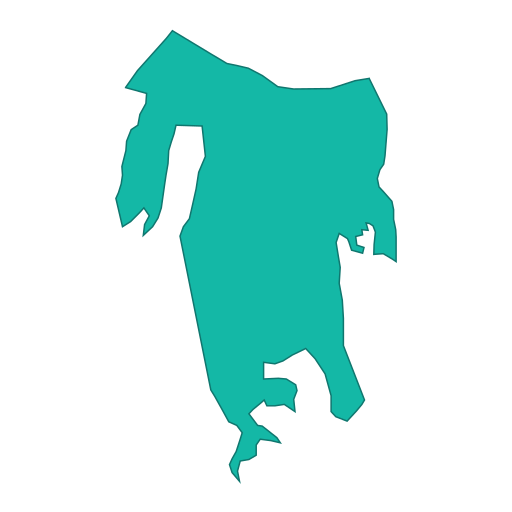 Saha-gu, Busan, South Korea (Equal Earth projection)
{"feature_id": "91817680B15590775835688", "entity_name": "Saha-gu", "entity_type": "district", "adm_level": 2, "iso_a3": "KOR", "parent_name": "South Korea", "parent_adm1": "Busan", "projection": "equal_earth", "projection_center": [128.975, 35.079], "detail": "fine", "context": "isolated", "style": "filled", "palette": "teal", "viewbox_px": 512, "rotation_deg": 0, "n_neighbors": 0, "source": "geoboundaries", "source_scale": "gbopen_adm2", "svg_char_len": 1925}
<svg xmlns="http://www.w3.org/2000/svg" viewBox="0 0 512 512"><path d="M373.8,254.4L375.6,254.2L383.3,253.7L392.7,259.3L396.1,261.6L396.1,250.9L396.1,237.0L395.7,229.6L393.6,219.4L393.6,209.6L391.9,201.3L383.7,192.0L379.0,186.9L377.3,178.5L379.9,169.7L383.7,164.2L385.0,155.8L387.1,129.4L386.7,114.1L369.2,78.5L369.2,78.4L355.1,80.7L330.7,88.6L293.6,89.0L277.8,86.7L262.4,75.6L248.3,68.2L236.3,65.4L226.9,63.5L210.3,53.6L173.4,31.3L172.4,30.7L172.1,31.1L166.4,38.3L137.5,70.6L125.7,87.3L125.6,87.6L146.6,93.4L145.9,103.5L139.9,114.4L137.9,125.2L131.2,129.6L126.6,141.2L125.9,150.6L121.9,166.5L122.5,175.2L121.2,183.9L118.5,192.6L115.9,198.4L122.5,226.7L130.6,221.6L139.3,212.9L143.9,207.9L149.3,215.8L144.6,224.5L143.3,235.4L152.6,226.7L158.0,218.0L161.3,207.9L164.7,183.9L166.0,175.2L168.0,163.6L168.7,150.6L171.3,141.9L174.0,133.9L176.0,125.2L202.1,126.0L205.4,156.4L198.7,172.3L196.1,189.0L192.7,204.2L189.4,218.7L183.4,226.7L180.0,236.1L210.8,389.9L214.8,396.4L222.1,409.5L228.8,421.8L236.8,425.4L242.2,432.7L240.2,439.2L236.2,451.5L232.1,458.8L229.5,464.6L232.1,472.6L239.5,481.3L237.5,471.1L240.2,461.0L248.9,459.5L256.2,455.2L256.2,445.0L260.2,439.2L270.9,440.6L280.3,442.8L276.9,437.7L262.2,426.1L257.6,425.4L248.9,413.8L252.9,409.5L260.9,402.9L264.2,400.0L266.9,405.8L274.9,405.8L284.3,404.4L295.0,411.6L293.7,399.3L297.0,390.6L295.7,384.8L286.3,379.0L278.3,378.3L263.6,379.0L263.6,362.3L274.9,363.8L283.0,360.9L292.3,355.0L305.7,348.5L315.1,358.7L325.1,373.9L331.1,395.7L331.1,403.6L331.1,411.6L335.8,416.7L347.1,421.1L356.5,410.9L361.9,404.4L364.5,400.0L343.4,345.6L343.4,318.4L342.3,300.2L339.2,283.3L340.2,267.4L338.1,254.9L336.1,242.5L339.2,233.4L347.5,238.6L348.9,241.9L351.6,250.2L362.6,253.2L364.0,247.5L356.8,245.1L355.7,236.5L362.6,234.8L361.8,229.7L368.1,230.3L366.1,222.9L369.4,223.5L373.0,225.8L374.4,229.4L375.4,232.1L374.1,244.6L373.8,254.4Z" fill="#14b8a6" stroke="#0f766e" stroke-width="1.5"/></svg>